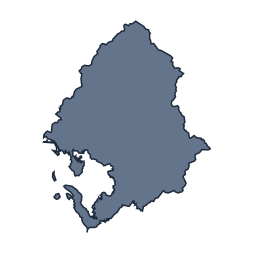 the district of Puno, Puno, Peru, rotated 184°
{"feature_id": "86281439B67596976235519", "entity_name": "Puno", "entity_type": "district", "adm_level": 2, "iso_a3": "PER", "parent_name": "Peru", "parent_adm1": "Puno", "projection": "albers", "projection_center": [-69.905, -16.067], "detail": "fine", "context": "isolated", "style": "filled", "palette": "slate", "viewbox_px": 256, "rotation_deg": 184, "n_neighbors": 0, "source": "geoboundaries", "source_scale": "gbopen_adm2", "svg_char_len": 5777}
<svg xmlns="http://www.w3.org/2000/svg" viewBox="0 0 256 256"><g transform="rotate(184 128 128)"><path d="M211.4,112.8L211.0,113.4L210.4,113.1L210.3,113.8L209.1,113.7L207.3,111.7L203.8,110.9L203.5,109.9L201.9,110.3L200.2,109.2L198.4,107.1L197.6,104.6L196.9,104.8L196.9,103.2L196.1,103.3L195.5,101.3L194.5,101.6L191.2,100.3L190.2,98.3L189.3,97.9L188.7,98.5L188.3,99.3L189.2,100.1L188.5,101.1L188.1,99.4L186.6,99.0L185.5,97.7L185.1,99.8L184.4,98.4L185.1,98.3L185.1,98.2L183.5,96.7L182.7,93.4L183.1,92.5L182.3,92.3L181.7,89.6L182.8,88.0L182.9,86.2L184.1,85.4L181.0,82.0L178.8,80.9L177.9,77.3L177.1,76.4L176.1,77.0L173.0,77.1L173.7,77.1L170.6,80.9L170.9,83.8L170.2,84.7L170.4,86.1L169.2,87.5L169.3,89.4L169.7,91.7L170.2,91.2L171.7,91.9L172.1,90.3L173.3,90.2L173.4,91.9L174.9,91.4L175.4,91.8L175.0,93.3L174.2,93.5L174.8,94.3L176.1,94.3L175.6,92.7L176.4,92.5L176.3,91.7L178.3,93.7L178.4,94.5L177.3,94.4L177.3,95.1L178.6,94.6L179.1,95.1L178.5,96.5L179.9,95.5L181.0,96.0L181.4,100.2L182.0,100.7L180.9,102.7L180.2,101.5L176.7,101.6L175.4,99.6L171.6,99.6L172.2,101.3L171.8,101.9L170.0,99.4L170.6,101.0L169.4,102.3L170.2,103.7L168.8,102.7L167.5,103.4L166.6,102.7L166.1,100.5L163.7,98.7L163.6,95.9L162.0,94.4L160.8,94.8L157.2,94.0L156.7,92.7L151.5,90.7L149.4,88.6L144.0,91.1L142.8,90.2L142.6,89.1L140.5,88.6L139.9,86.4L140.7,86.1L139.8,85.7L139.9,84.8L143.9,83.8L145.1,82.9L144.2,80.0L143.1,79.5L142.2,77.5L141.6,78.0L140.8,77.5L141.0,78.3L139.8,77.9L138.9,77.0L138.0,74.4L136.9,73.7L137.4,72.7L136.8,71.0L137.3,69.8L138.9,68.9L138.4,66.8L137.9,67.0L137.1,65.3L137.9,64.4L137.8,62.9L138.4,63.0L138.6,62.2L139.0,62.5L139.8,59.8L141.0,58.8L144.8,59.4L145.9,61.4L147.5,62.2L149.2,61.5L149.8,60.7L149.3,59.7L150.8,59.1L149.5,59.0L150.9,58.9L148.7,57.2L149.8,57.4L149.8,55.8L149.0,55.6L148.8,54.9L149.6,55.7L150.3,54.6L151.0,55.3L150.6,55.8L152.1,56.7L151.7,55.8L152.4,56.0L153.7,54.6L153.4,53.5L154.4,53.2L153.6,53.3L153.7,52.6L154.3,52.9L156.0,51.1L156.1,48.5L157.0,48.9L157.7,48.2L158.2,46.4L157.4,45.3L155.8,45.4L155.1,46.2L155.8,44.7L155.2,44.3L156.1,44.6L156.3,43.9L156.4,44.5L157.5,41.4L156.3,41.3L155.8,39.9L155.7,41.1L154.8,41.0L155.2,39.5L156.3,38.7L155.7,37.8L155.8,38.5L155.3,38.5L155.4,37.7L157.9,37.3L156.6,36.6L156.7,37.0L156.2,36.9L155.8,35.9L153.7,36.8L153.6,36.0L152.6,35.7L153.0,35.1L154.8,35.8L156.0,35.3L157.7,36.9L159.5,36.7L161.9,40.9L161.8,41.8L163.6,43.0L164.0,44.4L166.8,45.8L168.5,47.6L170.3,50.2L169.4,52.1L169.3,56.8L170.3,58.7L173.0,60.6L174.5,62.6L179.9,66.0L186.4,66.6L188.0,65.4L186.2,63.5L180.8,60.1L177.6,56.6L178.5,55.3L182.3,58.0L184.2,58.4L184.9,57.9L183.2,53.6L181.5,52.7L181.2,54.2L179.4,54.5L177.3,52.8L176.6,51.5L176.9,50.5L175.8,49.3L176.8,47.6L175.8,47.4L175.3,46.2L176.6,45.1L173.7,40.8L170.8,38.7L169.5,35.9L167.5,35.3L167.7,33.4L166.8,31.2L164.9,28.5L162.5,26.7L161.3,24.0L161.7,20.9L161.2,23.8L159.7,26.0L154.3,26.5L152.3,27.4L151.7,29.0L148.6,31.3L149.7,31.9L149.8,33.3L148.3,33.9L147.6,33.1L146.5,33.3L145.1,34.6L145.2,32.8L144.1,32.5L142.8,34.3L141.2,34.3L140.5,35.4L143.4,35.7L138.6,36.7L135.6,40.8L132.7,43.4L130.6,47.6L128.1,49.3L128.4,50.8L121.4,49.9L117.5,55.7L116.7,55.2L117.1,53.4L116.2,53.4L115.7,52.4L115.0,52.8L115.6,51.7L115.0,52.0L113.3,50.3L113.6,48.9L113.1,49.3L112.7,48.1L110.9,48.4L109.6,46.5L109.1,46.9L107.8,46.1L107.1,50.7L104.4,52.3L102.2,55.0L100.9,55.1L99.9,56.8L97.3,56.5L95.9,59.8L93.4,60.4L88.3,68.0L86.4,66.4L83.3,66.0L77.5,68.8L76.3,67.6L73.7,66.7L70.2,68.0L68.7,69.5L69.6,71.6L66.9,74.8L66.3,77.2L69.7,83.1L68.9,84.7L67.5,85.6L68.2,88.4L67.3,90.1L65.5,90.8L65.1,91.8L64.4,94.4L65.0,97.0L59.2,99.8L58.3,101.7L59.2,103.6L59.0,106.2L54.9,108.5L52.7,111.6L46.6,111.8L44.6,112.8L45.1,113.9L47.3,115.4L49.1,118.2L50.4,118.6L51.1,120.8L52.6,122.0L53.8,121.4L54.4,122.9L58.7,123.1L61.6,125.1L64.8,122.2L66.1,122.6L67.2,127.2L69.6,128.6L70.3,129.7L71.2,129.6L72.6,131.8L72.0,134.4L73.0,135.0L71.7,137.9L72.8,143.0L75.2,144.5L76.0,146.4L77.8,147.9L78.9,150.4L78.7,152.1L80.1,153.7L83.6,152.5L85.7,153.3L86.5,155.5L86.1,158.1L84.7,159.1L82.8,162.5L83.7,165.1L82.4,168.8L83.1,170.1L82.6,171.5L84.0,174.6L82.6,177.7L82.8,179.3L80.9,181.8L80.9,182.8L78.4,183.0L78.3,184.1L76.4,186.2L80.9,188.8L80.1,190.7L82.3,191.6L85.0,190.8L86.4,191.9L88.0,194.4L87.9,196.8L89.7,197.3L88.4,201.1L90.6,203.0L100.6,207.7L103.2,208.0L108.2,214.1L110.9,213.7L111.7,217.2L112.5,218.0L113.0,222.2L112.4,224.0L113.6,225.2L114.3,227.5L117.2,227.8L119.1,230.2L127.8,235.1L131.0,232.2L133.4,232.1L134.5,230.1L137.7,231.3L138.9,230.7L139.2,229.4L138.2,226.0L138.9,224.4L141.3,224.1L142.5,222.4L144.8,221.2L149.2,215.6L149.5,213.8L153.4,212.1L156.0,209.4L157.9,210.4L159.6,210.3L161.4,208.5L161.5,206.7L164.4,202.0L163.4,200.2L166.8,196.9L168.4,192.9L169.0,188.8L171.4,187.2L175.7,187.5L178.1,186.0L178.6,183.6L180.7,181.7L179.0,179.3L177.6,178.5L178.4,174.3L176.9,166.2L182.3,163.1L184.0,160.3L185.0,155.0L185.9,155.5L186.6,153.9L187.9,153.0L191.1,153.8L194.4,151.2L195.0,146.6L197.0,145.0L196.7,142.9L197.8,142.9L197.1,141.3L197.5,139.3L199.0,139.1L201.0,136.8L196.0,133.5L195.1,131.6L197.6,131.2L198.8,128.4L201.0,128.5L203.4,126.7L204.0,125.5L204.1,118.6L205.1,118.1L208.1,119.3L209.4,118.3L211.4,115.4L211.4,112.8ZM194.5,52.0L192.9,52.3L190.9,54.5L192.6,57.7L195.3,56.9L195.6,55.6L196.9,54.5L196.5,53.2L194.5,52.0ZM199.8,73.7L197.7,70.2L196.3,71.1L198.6,76.5L198.7,79.1L199.9,77.7L199.8,73.7ZM201.4,100.4L196.1,95.8L194.8,97.0L194.8,97.3L195.1,97.6L195.9,96.4L195.3,97.7L195.6,99.0L193.7,100.6L194.6,101.1L196.0,99.5L197.8,99.1L198.5,99.4L198.1,99.9L201.4,100.4ZM211.3,108.0L200.5,107.9L198.2,104.3L197.7,101.9L198.1,100.0L197.6,100.1L197.8,104.2L200.5,108.6L207.4,108.4L208.0,110.0L208.9,108.6L211.1,108.5L211.3,108.0ZM173.6,96.5L174.1,95.5L173.7,93.7L172.2,95.5L172.5,96.7L173.6,96.5Z" fill="#64748b" stroke="#1e293b" stroke-width="1.5"/></g></svg>